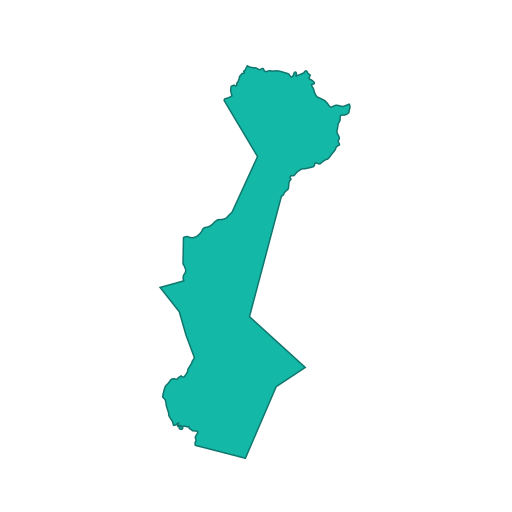 outline of Concepción, Copán, Honduras, rotated 238°
{"feature_id": "27666195B32287838652437", "entity_name": "Concepción", "entity_type": "district", "adm_level": 2, "iso_a3": "HND", "parent_name": "Honduras", "parent_adm1": "Copán", "projection": "orthographic", "projection_center": [-88.87, 14.863], "detail": "fine", "context": "isolated", "style": "filled", "palette": "teal", "viewbox_px": 512, "rotation_deg": 238, "n_neighbors": 0, "source": "geoboundaries", "source_scale": "gbopen_adm2", "svg_char_len": 6149}
<svg xmlns="http://www.w3.org/2000/svg" viewBox="0 0 512 512"><g transform="rotate(238 256 256)"><path d="M421.9,349.4L420.3,346.8L419.2,344.8L419.1,344.4L419.4,343.9L419.3,343.7L419.1,343.5L418.7,343.4L417.8,343.3L417.5,343.1L417.5,342.8L417.5,342.5L418.1,340.9L418.1,340.6L417.9,340.0L417.5,339.1L416.9,337.1L416.4,336.6L415.6,336.1L414.8,334.9L413.9,334.0L413.7,333.6L413.0,332.0L412.3,330.9L412.1,330.7L411.6,330.6L411.3,330.5L411.0,330.1L410.8,329.8L410.8,329.5L410.8,329.2L411.2,328.7L411.6,328.4L412.3,328.1L412.5,327.9L412.9,326.4L413.0,324.8L409.9,322.2L404.5,320.4L404.7,317.0L405.8,312.6L404.9,311.4L339.5,310.0L305.8,258.8L305.2,255.6L304.2,252.0L304.0,251.0L304.0,250.2L304.2,248.8L304.7,247.3L305.6,245.3L306.7,243.5L306.9,243.0L307.0,242.5L307.0,241.2L306.9,239.8L306.7,238.6L306.2,236.8L306.0,235.8L305.9,234.6L305.8,232.9L305.9,231.9L306.1,231.0L306.3,230.0L307.1,228.1L307.3,227.4L307.3,226.6L307.2,225.8L307.0,225.1L306.7,224.5L306.0,223.6L305.6,222.9L305.2,222.0L304.9,220.9L304.5,219.6L304.2,217.8L304.1,216.7L304.1,215.6L304.2,214.8L304.7,212.9L305.1,212.0L305.5,211.3L306.1,210.5L306.9,209.7L307.7,209.0L308.7,208.3L309.3,207.5L309.9,205.6L310.1,204.3L288.0,189.9L286.0,189.9L285.0,189.8L282.0,189.2L281.2,188.9L280.1,188.0L279.4,187.1L278.9,186.3L278.2,184.7L277.8,184.1L277.3,183.6L276.3,182.8L275.2,182.2L274.4,181.8L273.2,181.6L280.2,158.0L249.3,161.4L226.0,154.7L202.4,149.9L201.3,147.9L200.8,146.7L200.6,146.3L200.3,145.8L199.6,145.2L199.3,144.8L196.2,138.6L195.4,137.6L194.3,136.8L193.9,136.3L192.6,133.7L192.1,132.4L191.7,131.3L191.7,130.9L191.7,130.5L191.9,130.1L192.1,129.8L192.5,129.5L193.0,129.2L193.3,129.1L193.8,129.1L194.0,129.0L194.0,128.6L193.9,127.9L194.0,126.6L194.0,126.0L193.8,125.2L193.4,124.4L193.3,123.8L193.6,123.3L194.0,122.6L194.4,122.3L195.2,121.7L195.6,121.1L195.9,120.5L196.1,119.9L196.2,118.6L196.2,118.1L196.0,117.6L195.2,115.8L194.5,114.0L194.0,111.5L193.6,110.3L193.4,109.9L192.4,108.8L191.4,107.3L190.0,106.1L188.5,104.3L188.1,103.9L186.9,103.1L186.6,102.8L186.3,102.4L186.1,102.2L185.4,102.2L184.0,102.5L183.0,102.7L182.3,102.7L181.4,102.6L179.3,101.9L176.5,100.6L169.2,98.7L168.6,98.4L167.6,97.8L167.0,97.6L165.8,97.4L164.3,97.4L161.5,97.4L160.0,97.5L156.5,96.4L156.1,96.4L155.8,96.7L155.6,97.0L155.5,97.4L155.4,99.1L155.7,101.0L155.6,101.6L155.4,102.0L155.3,101.9L154.9,101.0L154.4,100.1L154.0,99.7L153.6,99.4L153.1,99.4L152.8,99.7L152.8,100.0L153.1,100.7L153.0,101.2L152.9,101.4L152.5,101.9L152.2,102.1L151.9,102.2L151.6,102.2L151.4,101.9L151.5,101.6L151.9,101.2L152.0,100.8L151.9,100.3L151.5,100.0L151.0,99.7L150.5,99.6L149.8,99.7L149.2,100.1L148.7,100.5L148.4,101.0L148.4,101.5L148.5,102.1L148.9,102.7L149.4,103.0L149.8,102.9L150.3,102.6L150.5,102.7L150.7,102.9L150.6,103.4L150.0,104.6L148.7,106.2L148.3,106.7L147.6,107.0L147.4,107.2L147.0,108.2L146.8,108.7L146.6,108.7L146.4,108.7L146.0,108.4L145.7,108.2L144.6,108.3L144.0,108.5L143.3,109.0L142.9,109.2L141.6,109.4L141.3,109.7L140.8,110.4L139.1,112.7L138.7,113.1L138.2,113.3L137.6,113.3L137.3,113.2L137.1,113.0L136.2,111.4L135.1,109.2L134.8,108.9L134.3,108.5L134.0,108.2L133.7,108.0L132.6,108.0L131.7,107.7L131.0,107.1L130.3,105.8L129.6,105.1L128.7,104.6L127.5,104.2L90.1,139.8L134.5,203.9L135.4,238.7L208.0,218.3L293.2,309.2L293.1,310.2L293.2,311.0L293.5,311.9L294.4,313.2L294.8,314.2L295.1,315.1L295.5,317.9L295.6,318.4L295.8,318.8L296.1,319.1L296.6,319.7L298.3,321.0L300.2,322.4L300.9,323.0L301.5,323.8L302.1,324.7L302.1,325.2L302.1,325.6L302.3,325.9L302.5,326.2L302.9,326.4L303.3,326.5L303.6,326.5L304.1,326.3L304.3,326.3L304.5,326.4L304.8,326.6L305.1,327.0L305.3,327.5L305.5,328.0L305.4,328.5L304.4,330.1L304.1,330.8L304.1,331.0L304.6,332.7L305.3,334.9L305.5,335.7L305.6,338.5L305.6,340.6L305.4,341.2L305.2,341.9L304.3,343.3L303.9,344.2L302.2,349.0L301.7,350.5L301.4,351.7L301.4,352.4L301.5,352.8L302.2,353.9L302.5,354.2L303.1,354.5L303.3,354.7L303.4,355.1L303.5,355.5L303.4,355.9L303.2,356.2L300.7,358.2L300.5,358.5L300.3,359.0L300.3,359.4L300.3,360.0L300.7,362.4L300.8,365.5L300.7,366.5L300.3,367.6L300.3,368.1L300.4,369.0L300.7,370.2L302.4,374.7L303.8,378.8L304.1,379.4L306.0,382.0L306.1,383.7L306.1,384.2L305.9,384.9L305.9,385.4L306.2,385.8L306.9,386.0L307.5,386.2L308.9,386.2L309.5,386.4L310.1,386.7L310.5,387.2L310.8,388.0L311.1,388.5L311.7,389.0L312.6,389.5L313.1,389.6L313.7,389.7L315.4,389.8L316.5,389.9L318.2,390.3L318.6,390.4L320.1,391.9L324.6,395.8L324.8,396.1L325.6,397.7L326.5,399.1L326.9,399.5L328.6,400.5L330.0,401.7L330.2,402.0L330.3,402.3L330.1,403.1L329.7,404.1L328.8,405.4L328.5,406.0L328.4,406.6L328.1,408.5L328.2,409.3L328.3,410.1L328.5,410.7L328.9,411.3L330.4,412.4L331.7,414.0L332.5,414.6L333.4,415.1L334.4,415.4L335.2,415.6L335.4,415.5L336.3,410.6L336.8,408.8L337.1,408.4L340.5,405.1L340.9,404.6L341.3,404.0L341.6,403.4L341.8,402.7L342.1,400.7L342.2,398.9L342.3,398.6L342.5,398.4L343.3,397.9L344.5,397.6L345.6,397.5L347.2,397.5L348.0,397.4L349.9,397.0L351.2,396.7L352.7,395.9L355.6,394.1L357.5,392.8L358.5,392.2L360.0,392.0L360.9,391.9L362.0,392.0L363.2,392.2L364.1,392.4L366.4,393.1L368.0,393.4L370.4,393.5L371.5,393.7L371.8,393.9L371.9,394.2L371.4,395.8L371.3,396.7L371.4,396.9L371.6,397.1L372.2,397.3L373.0,397.3L374.3,396.9L375.9,396.3L377.4,395.4L378.0,395.2L378.6,395.1L378.8,395.2L379.0,395.4L380.3,397.4L380.7,397.8L381.1,397.7L382.1,397.3L383.2,396.8L385.1,397.0L385.9,396.9L386.3,396.8L386.4,396.6L386.6,396.2L386.7,395.3L386.5,394.6L386.0,393.8L386.0,393.3L386.6,389.2L387.3,386.5L387.3,386.0L387.2,385.3L387.3,385.2L387.5,385.2L389.1,386.8L390.0,387.2L390.4,387.2L390.9,387.1L391.2,386.8L391.3,386.5L391.2,385.9L390.9,385.1L389.6,383.5L389.0,382.4L388.8,381.6L388.8,381.2L388.9,380.9L389.3,380.7L390.4,380.4L391.5,380.2L392.8,380.3L393.2,380.1L395.1,378.6L399.9,374.3L400.8,373.3L401.6,372.3L402.6,370.7L403.6,368.8L404.3,367.8L404.7,367.1L405.5,366.4L405.7,366.0L406.2,365.1L406.5,364.3L406.6,363.7L406.6,363.0L406.9,362.5L407.8,361.6L408.6,361.0L408.9,361.1L409.7,361.3L410.6,361.5L410.9,361.5L411.2,361.4L411.5,361.0L411.7,360.5L411.9,358.7L412.3,357.4L415.3,355.8L415.8,355.3L417.0,353.6L418.8,351.5L419.9,350.6L421.9,349.4Z" fill="#14b8a6" stroke="#0f766e" stroke-width="1.5"/></g></svg>